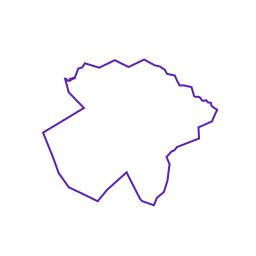 outline of Chuluut, Arhangay, Mongolia, rotated 234°
{"feature_id": "93677404B8856161133659", "entity_name": "Chuluut", "entity_type": "district", "adm_level": 2, "iso_a3": "MNG", "parent_name": "Mongolia", "parent_adm1": "Arhangay", "projection": "natural_earth1", "projection_center": [100.382, 47.497], "detail": "fine", "context": "isolated", "style": "outline", "palette": "violet", "viewbox_px": 256, "rotation_deg": 234, "n_neighbors": 0, "source": "geoboundaries", "source_scale": "gbopen_adm2", "svg_char_len": 2085}
<svg xmlns="http://www.w3.org/2000/svg" viewBox="0 0 256 256"><g transform="rotate(234 128 128)"><path d="M191.7,101.0L170.1,104.1L174.2,56.6L159.4,52.8L153.4,51.4L145.9,49.4L132.2,45.4L119.6,45.3L115.0,45.2L97.3,54.8L86.6,60.4L90.4,75.4L90.7,79.1L93.0,100.9L86.9,99.7L86.7,99.7L63.4,96.1L60.6,96.4L50.3,103.5L54.5,110.3L55.1,119.3L62.1,128.9L72.2,138.3L74.0,140.3L81.9,142.1L83.4,149.4L82.7,152.5L83.8,156.5L77.8,179.3L87.1,185.4L84.0,199.8L89.2,208.7L89.4,209.4L89.7,210.0L90.0,210.4L90.3,210.8L90.6,210.8L91.1,210.5L91.8,210.3L92.7,209.9L93.3,209.6L93.7,209.5L94.3,209.4L94.8,209.3L95.4,208.9L95.9,208.7L96.3,208.6L96.8,208.7L97.3,208.8L97.8,208.9L98.1,209.1L98.6,209.4L99.2,209.8L99.6,209.9L99.8,209.8L101.6,207.8L102.1,207.8L102.6,207.6L103.4,207.6L104.3,207.6L104.6,207.5L104.8,207.2L105.0,206.4L105.3,205.7L105.8,204.9L106.4,204.2L107.1,204.0L108.1,204.1L108.6,204.2L109.2,204.2L110.1,204.2L110.6,203.9L111.4,203.6L111.8,203.5L112.2,202.8L112.6,202.2L113.1,201.5L113.6,200.9L114.9,200.2L123.7,203.4L129.6,198.3L132.1,194.7L138.3,195.7L143.0,196.7L148.9,191.4L153.6,192.0L159.4,189.7L163.1,186.4L173.9,181.3L177.0,164.3L190.6,157.2L193.7,140.2L205.7,131.1L203.9,126.6L205.3,122.7L200.0,114.5L199.7,114.5L199.6,114.4L199.6,114.2L199.9,114.0L200.1,113.9L200.3,113.7L200.5,113.5L200.6,113.4L200.7,113.1L200.4,113.1L200.2,113.1L200.0,112.9L200.0,112.7L200.3,112.6L200.3,112.4L200.5,112.3L200.5,112.2L200.7,111.9L200.3,112.0L200.4,111.7L200.6,111.6L200.7,111.4L200.8,111.3L200.8,111.2L201.0,111.0L200.9,111.0L200.7,111.0L200.5,110.9L200.6,110.7L200.8,110.5L200.9,110.4L200.7,110.4L200.7,110.2L200.4,110.1L200.4,109.9L200.4,109.7L200.5,109.7L200.5,109.4L200.7,109.1L200.6,108.9L200.7,108.7L200.6,108.4L200.7,108.2L200.8,108.1L201.0,108.2L201.1,108.3L201.2,108.2L201.3,108.0L201.5,107.9L201.5,107.7L201.6,107.4L201.8,107.3L201.8,107.2L202.0,107.0L202.2,106.9L202.2,106.7L202.3,106.7L202.5,106.7L202.8,106.7L203.0,106.7L203.3,106.7L203.5,106.6L203.9,106.6L204.1,106.7L204.3,106.6L204.5,106.5L204.7,106.2L204.8,106.1L191.7,101.0Z" fill="none" stroke="#5b21b6" stroke-width="2"/></g></svg>